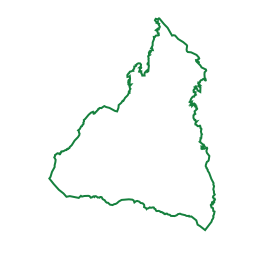 Bethlehem, West Bank, Palestine, rotated 86°
{"feature_id": "87354302B24436251599031", "entity_name": "Bethlehem", "entity_type": "district", "adm_level": 2, "iso_a3": "PSE", "parent_name": "Palestine", "parent_adm1": "West Bank", "projection": "mercator", "projection_center": [35.239, 31.604], "detail": "fine", "context": "isolated", "style": "outline", "palette": "green", "viewbox_px": 256, "rotation_deg": 86, "n_neighbors": 0, "source": "geoboundaries", "source_scale": "gbopen_adm2", "svg_char_len": 5693}
<svg xmlns="http://www.w3.org/2000/svg" viewBox="0 0 256 256"><g transform="rotate(86 128 128)"><path d="M119.9,61.8L118.7,60.0L118.2,60.5L117.8,60.2L116.0,60.4L113.8,57.7L113.3,57.7L113.0,58.5L112.3,58.6L112.0,58.3L111.2,58.3L111.1,59.3L110.4,58.9L109.7,59.0L109.8,59.9L108.7,59.7L108.2,60.3L108.5,61.1L107.9,61.0L109.6,61.7L110.4,62.5L109.9,62.5L109.2,61.8L109.4,63.1L108.4,62.1L108.5,63.0L107.9,62.2L107.5,63.1L106.2,62.5L106.7,64.3L106.4,64.7L105.8,64.1L103.4,63.1L101.3,61.3L101.3,59.8L100.3,59.5L99.6,58.0L98.7,58.6L98.3,58.3L97.0,58.1L96.8,59.8L96.0,59.6L95.5,60.1L94.4,59.7L93.6,58.5L92.1,58.7L92.2,57.9L91.2,57.7L91.1,57.4L95.4,55.9L97.1,53.4L92.5,52.9L91.8,53.3L92.2,53.5L91.0,55.0L90.2,54.5L90.3,53.2L89.6,53.8L89.8,54.5L88.9,54.4L88.3,54.8L88.0,54.4L87.5,54.5L87.5,53.1L86.2,52.7L85.4,51.8L85.4,51.1L84.4,49.7L84.2,48.2L84.7,48.2L84.6,47.8L85.6,48.0L86.0,47.5L85.9,47.1L84.6,47.2L83.3,48.0L79.9,48.0L77.8,47.7L76.2,46.0L75.1,46.2L72.7,50.4L70.7,51.4L68.0,53.7L67.4,52.7L67.0,52.8L66.5,53.4L66.8,53.5L66.8,54.8L66.1,55.3L65.1,55.4L65.2,54.8L64.4,53.6L64.3,52.7L63.6,52.1L62.5,52.5L59.9,54.5L56.9,59.8L56.4,63.0L55.4,63.9L53.9,64.1L50.2,63.3L49.4,63.6L46.2,66.9L42.8,71.7L39.1,74.5L38.6,76.0L38.9,77.6L30.8,81.5L26.9,84.8L20.9,89.1L20.8,89.6L21.7,90.6L21.0,92.7L22.4,93.6L23.7,92.7L24.2,91.5L23.8,90.8L25.1,90.9L25.4,91.7L26.0,90.7L26.2,89.7L27.2,90.1L29.2,89.2L30.1,89.5L30.8,90.5L31.8,90.4L32.0,91.5L31.2,91.6L32.4,93.4L33.5,91.9L35.3,91.7L35.8,91.3L35.8,90.8L37.6,90.8L37.8,91.5L37.7,93.5L38.0,94.0L39.2,94.9L39.0,95.9L41.0,95.8L44.3,97.4L47.4,97.7L49.7,99.1L49.6,98.5L51.9,97.9L51.7,98.6L52.4,99.1L52.5,100.0L52.9,101.0L53.2,101.2L53.9,100.2L54.7,100.8L54.7,101.9L55.8,101.9L56.0,101.6L56.6,101.9L56.8,101.3L57.8,102.9L60.2,102.5L60.7,102.8L61.9,102.7L65.5,103.0L65.0,103.9L65.4,104.1L66.0,104.0L66.3,103.0L67.2,102.8L72.8,103.8L73.4,104.9L72.2,105.1L72.5,105.4L72.3,105.6L73.9,107.3L75.4,107.9L76.8,107.8L76.7,110.1L75.3,110.3L74.5,110.9L72.4,110.8L72.7,112.7L72.2,112.8L70.7,111.8L71.0,112.3L70.3,112.0L69.1,112.1L69.1,110.8L68.8,110.6L68.4,110.8L68.3,112.0L67.5,110.9L65.6,110.6L64.4,111.5L64.2,113.2L64.8,114.5L65.4,115.2L65.9,115.3L65.9,116.0L66.9,116.0L67.1,116.8L67.6,117.3L67.5,117.5L69.2,117.7L70.1,118.7L71.3,118.7L71.1,119.4L71.6,120.3L72.0,122.3L73.5,123.2L73.5,123.6L75.2,125.0L77.0,125.0L76.8,124.0L77.0,123.4L76.4,122.6L78.8,122.5L80.5,122.8L80.0,123.0L79.9,123.6L80.5,124.2L82.1,124.5L82.0,123.8L82.5,123.3L83.3,123.5L83.9,124.0L83.8,124.4L84.4,124.6L84.9,124.3L84.8,121.8L86.7,123.6L88.4,123.3L89.1,122.8L91.7,124.5L91.9,123.9L92.5,124.1L92.6,124.4L93.1,124.1L93.4,124.9L95.4,126.1L97.7,128.8L100.6,130.7L100.3,131.1L100.5,131.5L102.4,132.9L104.5,135.7L107.2,136.1L110.7,137.7L110.1,139.7L106.6,145.2L105.6,148.3L104.5,150.1L105.7,152.3L106.3,153.0L106.0,154.7L106.2,155.2L106.8,155.5L106.9,156.3L108.2,157.0L108.6,157.8L109.4,158.3L110.1,159.7L110.6,159.7L111.2,160.4L111.3,161.3L109.4,161.8L110.1,163.8L112.0,166.3L116.0,170.1L117.0,171.5L118.3,171.4L119.6,172.2L120.5,172.0L121.3,172.4L121.6,173.1L123.0,173.8L123.2,174.7L125.6,176.1L126.9,177.9L127.5,177.3L129.3,177.2L130.0,176.7L131.7,177.1L133.7,178.6L136.8,182.1L141.2,185.3L142.9,187.4L144.0,187.9L144.3,189.2L144.8,189.3L144.9,189.6L144.9,190.6L145.7,191.0L145.7,192.1L146.7,194.2L146.6,195.3L146.9,196.3L147.7,196.3L148.1,196.9L149.4,197.6L149.4,198.1L148.5,198.5L148.6,199.3L148.3,200.0L148.8,201.1L149.2,201.3L149.9,202.7L151.3,202.9L152.1,203.6L154.6,202.4L156.9,202.8L160.1,203.8L161.8,203.9L166.5,206.9L171.3,208.7L172.9,210.0L178.6,206.1L184.8,201.3L188.8,196.9L192.3,194.2L191.9,190.8L194.3,182.0L192.4,179.7L193.2,178.7L192.8,176.3L192.9,172.3L193.3,171.1L194.9,170.0L194.7,168.8L194.2,168.3L193.8,167.0L194.5,166.4L193.7,165.5L194.0,164.4L195.3,163.0L195.2,161.6L195.5,161.2L194.9,160.4L194.9,159.9L195.2,159.1L197.2,158.2L198.5,156.2L199.9,155.5L201.0,154.4L201.2,153.1L203.2,151.3L203.8,148.8L203.0,147.0L202.9,145.7L202.2,144.2L200.7,142.3L199.3,139.4L199.2,132.1L199.8,128.6L200.7,127.4L202.7,126.8L201.6,125.1L201.4,123.9L202.3,121.8L203.7,120.6L204.1,118.7L205.6,117.3L206.7,117.2L208.0,117.5L209.2,115.6L210.2,115.1L209.7,114.6L209.5,113.2L208.7,111.8L209.2,110.7L208.9,108.5L209.2,107.7L210.4,107.3L210.8,106.3L212.3,105.9L212.9,105.0L212.8,103.1L213.6,101.7L214.1,101.4L214.1,100.2L215.0,99.4L215.1,98.5L216.4,97.7L216.2,96.9L216.5,96.4L216.1,95.8L216.1,95.1L217.1,94.1L217.5,92.4L218.7,91.3L219.1,87.6L218.4,85.4L217.5,84.3L217.1,82.1L217.8,80.8L219.0,76.9L219.6,76.1L219.9,75.2L219.9,73.3L220.6,73.1L220.7,70.9L224.9,66.3L229.3,65.3L230.8,63.1L235.2,58.2L227.4,51.3L225.4,50.5L224.4,49.6L222.8,48.9L221.8,49.2L220.3,48.3L217.4,47.5L216.8,48.7L213.9,48.8L213.3,49.5L213.2,50.2L210.6,50.8L210.1,50.4L210.2,48.9L209.5,48.5L208.6,49.4L208.0,49.4L207.8,48.8L208.2,47.7L208.2,47.2L207.9,47.1L207.0,47.7L205.6,46.2L204.5,46.5L204.3,47.5L203.5,47.7L202.9,48.1L201.9,47.7L200.5,46.1L198.8,46.8L197.1,46.7L195.1,47.2L192.0,46.2L190.5,46.8L189.0,46.5L184.6,48.4L178.4,50.2L176.1,51.5L175.1,51.4L173.7,52.4L173.4,52.2L171.8,53.1L170.5,53.0L168.0,52.0L167.3,51.6L166.5,50.2L165.6,49.7L161.6,48.8L158.3,51.0L156.4,51.4L153.8,50.4L153.2,50.6L153.2,51.4L154.0,53.4L153.6,53.6L153.9,54.7L152.6,54.6L154.5,56.5L153.3,56.0L151.6,56.0L151.8,55.5L151.6,54.9L151.7,54.3L151.4,53.0L150.9,53.4L150.5,53.4L150.3,53.7L149.9,53.7L149.7,54.3L147.0,57.2L146.9,56.8L145.9,56.9L144.6,56.6L144.0,56.2L143.2,56.4L143.0,55.6L139.6,55.1L139.3,54.7L138.5,55.2L136.4,55.5L134.2,54.8L133.9,55.2L133.5,55.2L133.3,55.6L131.1,55.8L130.7,56.1L131.1,56.9L131.0,58.4L129.6,59.5L129.2,60.5L128.0,60.5L126.3,58.9L126.5,59.9L124.6,60.3L124.6,61.1L122.5,62.0L119.9,61.8Z" fill="none" stroke="#15803d" stroke-width="2"/></g></svg>